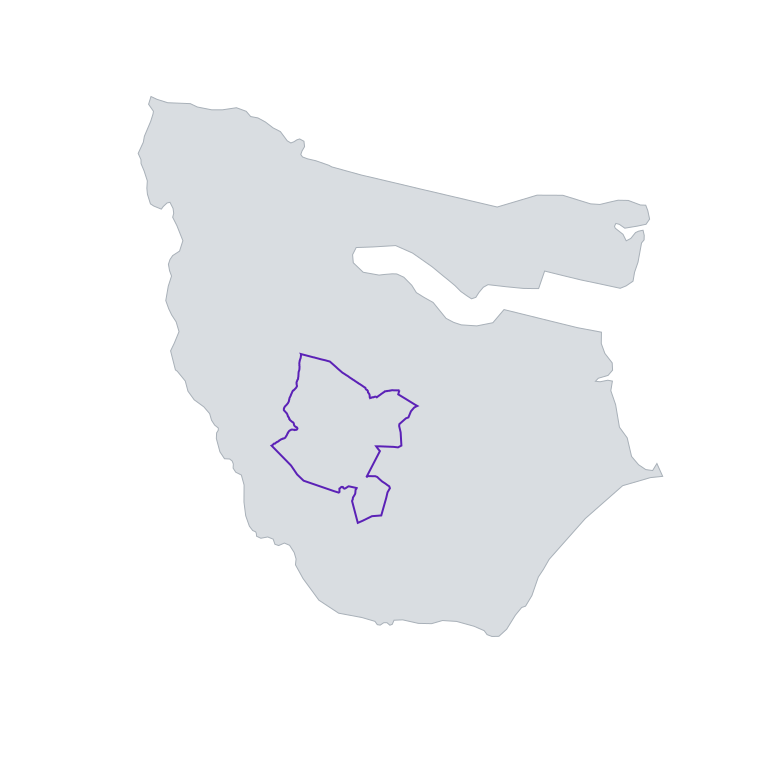 Ranerou, Matam, Senegal (highlighted), rotated 193°
{"feature_id": "50182788B34306626760019", "entity_name": "Ranerou", "entity_type": "district", "adm_level": 2, "iso_a3": "SEN", "parent_name": "Senegal", "parent_adm1": "Matam", "projection": "robinson", "projection_center": [-14.026, 15.106], "detail": "fine", "context": "in_parent", "style": "outline", "palette": "violet", "viewbox_px": 768, "rotation_deg": 193, "n_neighbors": 0, "source": "geoboundaries", "source_scale": "gbopen_adm2", "svg_char_len": 8795}
<svg xmlns="http://www.w3.org/2000/svg" viewBox="0 0 768 768"><g transform="rotate(193 384 384)"><path d="M590.4,350.8L599.4,368.3L597.5,376.7L595.5,388.9L600.5,397.8L606.4,403.5L610.7,408.9L615.4,416.2L616.2,430.8L615.3,441.4L618.4,446.1L621.0,452.2L620.5,457.2L618.8,461.6L613.1,467.5L612.2,478.4L621.4,491.7L627.4,498.9L627.3,503.0L629.0,507.6L633.4,512.9L636.1,511.6L639.0,507.3L640.3,504.3L648.3,505.6L652.1,507.0L657.2,515.7L659.1,521.4L660.3,528.7L665.7,537.7L670.3,544.1L671.3,548.0L675.4,553.4L672.9,565.4L673.2,571.5L670.4,587.5L669.8,595.1L670.0,597.9L676.3,603.6L675.7,611.7L669.3,610.3L658.1,609.4L635.8,613.6L628.2,611.9L613.5,612.4L603.1,614.8L589.9,620.0L579.6,618.7L574.1,614.6L566.7,614.9L558.5,612.6L549.7,608.6L541.7,606.6L533.0,599.2L529.0,597.9L526.2,599.8L523.8,602.3L521.3,603.8L516.6,602.5L514.8,597.4L516.3,592.6L516.7,588.9L514.5,586.9L509.2,586.2L500.7,586.2L486.9,584.7L483.8,583.8L453.0,582.5L421.1,582.4L394.0,582.2L359.9,582.1L335.9,582.0L313.5,581.9L296.2,591.7L277.4,602.4L252.2,608.1L223.2,606.0L214.0,607.5L204.4,612.3L197.3,615.7L187.3,617.8L174.4,616.1L169.2,617.1L166.0,612.3L162.3,604.4L164.6,598.6L172.5,594.9L184.4,590.0L190.6,592.5L194.2,592.6L194.9,589.5L193.7,587.8L184.8,583.6L180.2,578.0L176.3,581.3L173.0,588.1L170.3,590.2L166.2,592.1L163.9,587.4L163.0,582.9L164.8,579.4L163.9,559.8L165.0,549.3L164.5,540.2L170.1,534.1L175.4,530.4L196.1,530.1L215.4,529.7L234.0,529.9L252.9,530.2L254.8,511.8L260.8,510.4L269.7,508.5L286.4,506.3L305.0,504.2L309.0,500.6L312.1,494.5L314.0,489.1L317.9,486.7L323.1,488.6L329.9,491.4L336.9,495.8L345.0,499.9L350.4,502.5L363.4,509.0L385.6,518.0L403.8,521.5L425.8,515.0L441.8,510.7L443.7,502.9L441.2,495.2L429.4,488.2L413.3,489.0L408.3,490.8L400.8,493.2L396.3,494.1L388.7,492.5L379.1,486.4L373.0,480.3L364.5,477.4L354.5,474.5L338.3,461.9L329.9,459.7L322.0,459.0L306.6,461.5L291.7,468.2L283.8,483.5L268.8,483.3L237.0,482.8L207.9,482.4L183.8,483.4L181.4,472.3L175.7,463.5L166.4,455.9L164.4,448.9L167.6,442.8L176.5,437.8L178.6,434.2L173.9,434.8L166.8,438.0L162.1,438.2L161.5,428.5L153.7,416.0L144.9,394.9L134.9,386.2L126.5,369.1L117.8,362.6L109.7,359.5L102.8,360.1L100.2,367.9L91.7,356.7L103.4,352.7L128.6,338.6L157.6,298.2L183.6,250.4L187.0,239.2L190.2,230.6L192.3,211.1L196.1,199.4L199.6,197.2L204.0,188.3L209.3,172.7L215.3,164.0L222.0,162.3L227.2,163.0L230.9,166.2L241.8,168.2L259.9,169.0L273.8,166.7L283.7,161.2L296.6,158.5L312.7,158.4L321.1,156.1L321.9,151.7L324.0,150.3L327.4,152.1L330.5,151.4L333.5,148.2L336.4,148.0L339.4,150.7L352.8,151.5L376.7,150.5L398.8,158.7L419.1,176.2L429.6,187.9L430.3,193.7L433.6,199.6L439.7,205.6L445.3,206.6L450.3,202.9L454.2,203.3L457.1,207.9L462.9,208.8L469.3,206.0L473.9,207.0L474.8,209.7L475.8,211.1L479.0,211.7L483.2,215.2L489.1,224.5L493.9,237.5L497.6,254.1L502.5,263.2L508.6,264.7L512.1,268.1L512.8,272.1L514.5,274.7L517.5,276.2L522.6,275.3L528.6,281.0L535.1,293.2L536.1,298.7L535.1,301.7L535.5,303.8L539.8,305.9L543.9,309.9L547.2,315.9L554.4,321.2L565.4,325.9L573.4,332.9L578.3,342.2L588.4,350.0L590.4,350.8Z" fill="#d9dde1" stroke="#a8b0b8" stroke-width="1"/><path d="M479.6,298.6L456.3,283.7L448.3,276.3L440.6,271.7L408.1,268.3L403.7,268.0L403.3,268.5L403.1,268.8L403.2,269.3L403.8,271.6L403.9,271.8L403.9,272.1L403.4,272.5L403.2,272.8L402.6,273.8L402.4,274.1L402.2,274.2L401.5,274.3L401.1,274.4L400.7,274.3L400.6,274.2L400.3,273.6L400.2,273.5L399.9,273.4L399.5,273.2L398.8,273.2L397.8,274.0L395.6,276.3L394.9,276.4L387.2,276.5L387.2,276.3L387.2,276.1L387.3,275.8L387.8,274.7L387.9,274.4L387.7,273.2L387.4,271.1L387.4,270.7L387.5,270.0L387.7,269.4L388.4,267.2L388.7,266.5L388.7,266.1L388.6,265.2L388.5,264.7L388.5,264.4L388.6,264.2L388.8,262.8L378.3,242.8L374.1,245.9L366.0,252.5L357.1,255.3L356.2,273.6L356.2,279.2L354.8,283.8L355.9,285.5L357.6,286.1L360.3,287.3L363.9,288.6L367.2,290.4L369.7,291.9L371.9,292.2L374.4,291.6L378.8,290.7L380.2,289.2L372.9,317.7L375.4,319.6L377.6,321.5L374.7,322.2L360.5,324.9L356.1,325.4L353.2,327.9L356.9,340.6L359.8,346.5L360.0,348.4L354.9,355.5L352.7,356.9L351.6,363.5L349.4,367.7L347.9,369.1L346.6,370.1L349.3,370.9L359.9,374.5L367.8,377.1L367.6,381.3L367.6,381.2L367.8,381.2L368.3,381.2L368.6,381.0L369.2,380.9L369.8,380.7L370.1,380.7L370.8,380.5L371.1,380.5L371.5,380.4L372.4,380.2L372.6,380.1L374.1,379.9L374.5,379.8L375.0,379.7L375.4,379.4L375.9,379.3L376.1,379.1L376.3,379.1L376.8,378.8L377.1,378.8L377.3,378.6L377.7,378.5L378.8,378.1L379.1,377.9L379.4,377.9L379.6,377.7L380.2,377.6L380.8,377.2L381.2,377.1L381.4,377.1L381.6,377.0L381.9,376.4L382.0,376.2L382.4,375.9L382.7,375.7L383.0,375.2L383.3,374.8L383.9,374.3L384.3,373.8L384.8,373.3L385.0,372.9L385.3,372.6L385.5,372.4L385.9,372.0L386.1,371.8L386.4,371.3L386.6,371.2L386.8,371.0L387.0,370.7L387.4,370.2L387.6,370.1L387.7,369.9L387.9,369.5L388.0,369.4L388.2,369.5L388.8,369.7L389.3,369.8L390.0,369.6L390.2,369.4L390.8,369.0L391.1,368.8L391.3,368.8L391.5,368.6L391.8,368.4L392.0,368.4L392.3,368.5L392.7,368.3L393.2,367.9L393.6,367.5L393.9,367.5L394.1,367.5L394.4,367.2L395.0,368.0L395.1,368.4L395.1,368.7L395.2,369.0L395.8,370.5L396.1,370.8L396.2,371.0L396.5,371.2L397.1,371.8L397.4,372.0L397.7,372.2L398.2,373.6L398.7,374.0L399.0,374.2L399.2,374.4L399.6,374.4L400.2,374.7L400.3,374.7L400.5,374.9L401.0,375.4L401.1,375.7L401.2,375.8L401.3,376.1L402.6,376.6L402.8,376.6L403.1,376.7L404.0,377.1L404.3,377.2L404.8,377.4L405.0,377.5L405.3,377.6L405.7,377.8L406.7,378.1L406.9,378.2L407.3,378.4L408.2,378.6L408.6,378.8L409.0,378.9L409.4,379.1L409.5,379.2L409.9,379.2L410.1,379.4L410.8,379.6L411.0,379.7L411.8,380.0L413.2,380.5L413.6,380.8L413.9,380.8L414.1,380.9L415.4,381.3L415.7,381.5L416.0,381.5L416.4,381.8L416.9,381.9L417.3,382.1L417.8,382.2L418.2,382.4L419.5,382.9L419.7,383.0L419.9,383.1L420.5,383.4L422.2,384.0L422.4,384.0L423.0,384.2L423.8,384.6L424.3,384.7L425.0,385.0L426.8,385.6L427.1,385.7L429.7,387.1L432.2,388.4L434.6,389.8L441.8,393.7L444.6,393.8L446.4,393.9L448.7,393.9L450.3,393.9L451.3,393.9L453.2,394.0L457.0,394.1L457.9,394.2L458.9,394.1L461.6,394.2L471.7,394.5L471.4,394.1L471.4,393.8L471.4,393.3L471.2,392.7L471.2,392.3L471.2,391.9L471.1,391.1L471.1,390.3L471.1,389.9L471.3,389.3L471.3,388.0L471.3,387.8L471.4,387.5L471.3,387.2L471.3,386.7L471.2,385.3L471.1,384.7L470.8,384.0L470.7,383.1L470.3,382.3L470.2,381.8L469.8,379.7L469.7,378.7L469.8,377.3L469.9,376.7L469.8,376.0L469.7,375.1L469.5,374.3L469.3,372.9L469.1,372.0L469.1,371.6L469.1,370.9L469.0,370.3L468.9,369.9L468.9,369.4L469.2,368.8L469.2,368.5L469.3,368.2L469.3,367.8L469.4,367.5L469.4,366.9L469.6,366.2L469.5,365.4L469.4,365.0L469.1,364.5L469.1,364.1L468.8,363.4L468.4,362.7L468.3,362.3L468.4,362.1L468.4,361.8L468.7,361.0L468.8,360.5L469.5,359.4L469.9,358.6L470.4,358.0L470.4,357.8L470.5,357.6L471.0,357.1L471.3,357.0L471.4,356.7L471.4,356.4L471.6,355.8L471.8,354.4L472.0,353.9L472.1,352.8L472.3,352.5L472.3,352.3L472.2,351.7L472.3,351.4L472.5,351.0L472.7,349.8L472.9,349.2L472.9,348.9L472.9,348.3L472.8,347.8L472.9,347.5L472.8,347.3L472.9,346.8L472.8,345.5L473.2,344.3L473.3,343.6L473.7,343.0L473.9,342.4L474.2,341.9L474.5,341.4L474.9,340.7L475.3,340.2L475.5,339.6L475.7,339.2L475.8,338.6L475.9,338.4L476.0,337.9L475.9,337.6L476.0,337.4L475.9,336.8L475.8,336.5L475.7,336.0L474.8,335.3L474.2,335.0L473.7,334.6L473.1,334.1L472.3,333.7L472.1,333.5L471.8,333.1L471.3,332.6L470.9,331.8L470.7,331.6L470.4,331.2L470.3,330.7L470.1,330.6L469.9,330.5L469.5,330.3L469.3,330.1L469.1,329.9L469.1,329.7L468.8,329.3L468.6,329.0L468.5,328.7L468.3,328.7L468.2,328.3L467.7,328.0L467.5,327.7L467.3,327.6L466.4,327.2L465.6,326.7L465.2,326.6L464.9,326.4L464.7,326.3L464.0,326.2L463.8,326.1L463.1,325.4L462.9,325.0L462.8,324.7L462.7,324.5L462.6,324.1L462.3,323.7L462.2,323.5L461.9,323.3L461.8,323.1L461.7,323.0L461.4,322.8L461.1,322.7L460.3,322.3L460.1,322.4L459.4,322.1L459.1,322.1L458.8,321.9L458.7,321.7L458.3,321.1L458.4,320.6L458.6,320.1L458.8,320.0L459.0,319.7L459.5,319.5L459.8,319.4L459.9,319.5L460.1,319.4L460.5,319.4L460.7,319.2L460.8,319.3L461.0,319.3L461.3,319.1L461.5,319.2L462.3,319.0L462.7,319.0L463.2,319.0L463.6,318.9L463.8,318.7L464.3,318.5L464.5,318.2L464.8,317.9L465.4,317.5L465.6,317.2L465.8,317.0L465.9,316.7L466.6,315.2L466.5,314.8L466.8,314.5L466.9,314.0L466.9,313.7L467.1,313.1L467.2,312.2L467.3,312.0L467.4,311.5L467.7,311.1L467.8,310.9L468.0,309.7L468.4,309.2L468.7,308.9L469.1,308.6L469.3,308.4L469.9,308.1L470.1,308.2L470.5,307.9L470.7,307.6L470.9,307.6L472.1,306.7L472.2,306.4L472.4,306.2L472.7,306.0L472.9,305.8L473.4,305.4L473.7,304.7L474.1,304.2L474.4,304.1L474.7,303.8L474.9,303.7L475.1,303.6L475.2,303.4L475.3,303.2L475.6,303.1L475.7,302.8L475.8,302.7L476.2,302.4L476.4,302.2L476.7,301.5L476.9,301.4L477.3,301.3L477.6,301.1L477.8,301.1L477.9,300.9L478.0,300.8L478.2,300.6L478.6,299.8L478.8,299.4L479.2,299.1L479.3,298.8L479.6,298.6Z" fill="none" stroke="#5b21b6" stroke-width="2"/></g></svg>